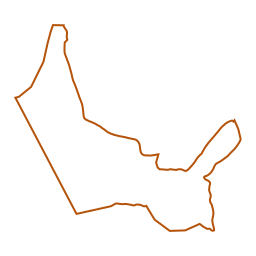 Boguis/Desa Blond, Dauphin, Saint Lucia
{"feature_id": "8701671B42677537488502", "entity_name": "Boguis/Desa Blond", "entity_type": "district", "adm_level": 2, "iso_a3": "LCA", "parent_name": "Saint Lucia", "parent_adm1": "Dauphin", "projection": "robinson", "projection_center": [-60.924, 14.012], "detail": "fine", "context": "isolated", "style": "outline", "palette": "amber", "viewbox_px": 256, "rotation_deg": 0, "n_neighbors": 0, "source": "geoboundaries", "source_scale": "gbopen_adm2", "svg_char_len": 5752}
<svg xmlns="http://www.w3.org/2000/svg" viewBox="0 0 256 256"><path d="M63.4,25.3L53.0,25.1L50.8,31.3L47.6,43.2L43.5,61.7L31.1,86.9L18.9,96.8L15.4,97.7L76.5,213.9L111.0,206.2L115.6,203.6L115.9,203.6L116.7,203.5L116.9,203.5L117.7,203.6L118.4,203.7L118.7,203.7L119.2,203.8L119.8,203.9L120.3,204.0L120.8,204.0L121.6,204.1L123.2,204.1L123.7,204.1L124.2,204.0L125.0,204.0L125.9,204.0L126.2,204.0L126.8,204.1L127.9,204.3L128.1,204.3L128.6,204.4L128.9,204.4L129.4,204.5L129.9,204.6L130.9,204.8L131.4,204.9L131.9,205.1L132.4,205.2L132.9,205.3L133.2,205.4L133.4,205.4L133.9,205.4L134.2,205.3L134.4,205.3L134.6,205.2L135.1,205.0L135.9,204.7L136.6,204.6L137.0,204.5L137.3,204.5L137.6,204.5L138.1,204.5L138.6,204.5L138.9,204.6L139.5,204.7L140.7,205.0L141.3,205.2L141.5,205.3L142.2,205.6L142.6,205.8L143.0,206.0L143.3,206.1L143.5,206.2L143.8,206.2L144.0,206.3L144.4,206.3L144.7,206.3L144.9,206.2L145.2,206.2L145.6,206.1L146.1,206.0L146.3,205.9L151.9,215.2L154.8,219.8L169.8,230.9L185.2,230.4L199.7,223.9L204.0,227.2L204.5,227.4L204.8,227.5L205.4,227.8L205.7,228.0L206.3,228.4L206.5,228.5L207.0,228.7L207.3,228.8L207.6,228.9L207.9,228.9L208.2,228.8L208.7,228.7L209.0,228.7L209.5,228.7L209.7,228.8L209.9,228.9L210.1,229.0L210.3,229.2L210.5,229.3L210.6,229.5L210.8,229.7L210.9,229.9L211.1,230.1L211.3,230.2L211.5,230.4L211.8,230.5L212.0,230.6L212.5,230.7L213.3,230.7L213.6,230.6L213.8,230.5L214.1,230.3L213.9,228.3L212.9,224.1L212.4,221.8L212.3,219.7L212.7,217.8L213.2,215.4L213.4,213.0L213.1,209.9L212.2,206.6L211.8,204.8L210.6,202.8L210.0,201.0L209.9,199.6L210.1,198.8L210.4,197.9L210.6,197.0L210.8,195.5L210.3,193.6L209.5,191.7L209.1,190.0L209.3,187.8L209.5,186.1L209.9,184.6L210.1,183.2L209.8,182.3L208.9,181.2L208.1,180.7L206.7,180.0L205.9,179.6L205.2,179.2L205.0,178.9L204.7,178.5L204.2,177.8L204.1,177.5L204.1,177.1L204.3,176.7L205.3,176.2L207.0,175.7L209.4,174.1L211.3,172.1L213.2,169.1L214.5,166.1L215.7,164.1L217.9,162.7L220.4,161.4L223.8,159.0L225.5,157.7L227.6,156.2L231.0,152.5L234.0,149.6L236.7,146.3L238.9,143.0L240.4,140.3L240.6,138.9L240.5,138.5L238.3,129.1L234.5,120.3L233.6,121.6L232.2,120.6L231.4,120.7L228.8,121.7L228.4,121.9L227.5,122.4L226.6,122.9L225.1,124.0L224.4,124.7L223.4,125.5L221.4,127.4L220.0,129.1L219.2,130.1L218.7,130.7L218.3,131.2L216.9,133.0L216.2,133.7L215.7,134.3L214.6,135.6L213.8,136.7L212.5,138.0L212.1,138.6L211.9,138.8L211.7,139.0L210.4,140.5L208.7,142.5L207.9,143.5L207.1,144.7L206.8,145.1L205.8,146.3L204.4,148.6L204.1,149.0L203.3,150.5L202.4,152.0L201.9,153.2L201.7,153.4L201.3,154.0L200.3,154.8L200.1,154.9L197.9,157.3L197.4,157.9L197.1,158.4L196.5,159.2L195.8,160.3L195.0,161.6L194.4,162.4L193.8,163.2L192.7,164.6L189.8,167.8L189.5,168.1L188.7,169.1L187.4,170.1L186.5,170.6L185.8,171.0L184.5,170.7L182.8,169.9L182.2,169.6L180.3,169.2L177.6,169.4L177.4,169.5L176.3,170.0L170.3,169.2L168.0,169.8L164.6,169.6L159.5,169.2L157.6,167.4L156.1,162.6L158.4,154.3L157.1,154.5L156.3,154.6L155.5,154.9L155.3,154.9L155.0,154.9L154.8,155.0L154.5,155.0L153.2,155.2L152.3,155.3L152.0,155.4L151.3,155.5L151.0,155.5L150.5,155.5L149.6,155.5L149.3,155.5L149.1,155.5L148.9,155.5L148.6,155.5L148.1,155.4L147.6,155.4L147.4,155.4L147.0,155.4L145.3,155.4L145.1,155.3L144.9,155.3L144.4,155.2L144.1,155.2L143.9,155.1L143.4,154.9L143.2,154.8L143.0,154.7L142.8,154.6L142.2,154.2L141.9,153.8L141.7,153.6L141.4,153.2L141.1,152.7L140.8,152.0L140.7,151.8L140.7,151.5L140.5,150.9L140.4,150.6L140.3,150.1L140.2,149.3L140.2,149.1L140.1,148.5L140.1,147.8L140.0,147.5L140.0,147.3L140.0,147.0L139.8,146.1L139.8,145.8L139.7,145.3L139.4,144.2L139.1,143.3L138.9,143.1L138.7,142.6L138.6,142.4L138.3,142.1L138.2,141.8L137.8,141.4L137.0,140.5L136.5,140.2L136.3,140.0L136.1,139.9L135.2,139.5L134.7,139.4L134.3,139.3L134.0,139.2L133.8,139.2L133.5,139.1L133.3,139.0L133.0,139.0L132.6,138.9L131.7,138.8L131.4,138.7L131.1,138.6L130.2,138.4L129.6,138.3L129.3,138.2L128.5,138.1L128.1,138.0L127.5,137.8L127.2,137.8L126.8,137.6L126.6,137.6L126.4,137.5L126.1,137.5L125.6,137.3L125.3,137.3L124.9,137.2L124.2,137.0L123.7,136.9L123.2,136.9L121.7,136.5L120.8,136.4L120.3,136.3L119.2,136.1L118.4,135.9L117.9,135.8L117.3,135.6L116.8,135.5L116.2,135.4L115.7,135.2L115.4,135.1L114.8,135.0L114.6,134.9L114.2,134.8L113.3,134.6L112.8,134.3L112.3,134.2L112.1,134.0L111.9,134.0L111.6,133.9L111.1,133.7L110.2,133.4L109.6,133.0L109.1,132.8L108.9,132.7L108.4,132.5L108.2,132.4L107.5,132.0L106.9,131.5L106.0,130.9L105.5,130.5L105.3,130.3L105.1,130.1L104.9,130.0L104.4,129.6L104.2,129.5L104.0,129.3L103.5,129.0L103.3,128.9L102.9,128.6L102.7,128.5L102.3,128.2L101.9,127.9L101.4,127.5L101.1,127.2L100.8,126.9L100.5,126.7L100.2,126.6L100.0,126.4L99.7,126.3L99.4,126.1L99.2,125.9L98.3,125.5L96.1,124.3L95.6,123.9L94.7,123.5L94.4,123.4L94.2,123.2L93.9,123.1L93.4,122.9L93.2,122.8L92.4,122.4L92.1,122.3L91.9,122.2L91.6,122.1L91.1,121.8L90.8,121.7L90.5,121.7L90.2,121.6L89.6,121.4L89.4,121.3L87.9,120.5L87.3,120.3L87.1,120.1L86.8,120.0L86.5,119.9L86.3,119.8L86.0,119.7L85.8,119.5L85.6,119.3L85.1,118.9L84.9,118.8L84.7,118.5L84.5,118.3L84.4,118.1L84.2,117.9L84.1,117.6L83.9,117.1L83.8,116.8L83.8,116.5L83.7,116.2L83.7,115.9L83.6,115.6L83.6,115.3L83.5,114.9L83.5,114.6L83.4,113.4L83.3,112.3L83.0,109.7L82.6,107.0L82.1,104.4L81.3,102.1L80.6,100.2L79.7,98.1L79.0,96.0L78.1,93.4L77.1,90.6L76.1,87.9L75.3,85.7L74.8,84.4L73.3,80.9L73.0,80.1L72.8,79.4L72.2,77.1L72.0,76.1L71.7,74.7L71.4,73.4L71.1,72.4L70.7,70.8L70.4,69.8L69.9,68.1L69.7,67.3L69.6,66.7L68.8,64.2L68.2,62.6L67.7,61.3L66.6,58.2L66.2,57.3L65.7,55.9L64.9,53.9L64.6,52.3L64.5,51.2L64.5,49.6L64.5,47.5L64.6,45.9L64.6,44.5L64.7,43.2L64.8,42.4L67.3,39.8L67.1,38.9L66.8,37.5L66.7,36.8L66.8,35.5L67.0,33.6L67.0,32.3L66.8,31.2L66.2,30.1L65.6,29.3L64.3,27.3L63.8,26.3L63.5,25.6L63.3,25.5L63.4,25.3Z" fill="none" stroke="#b45309" stroke-width="2"/></svg>